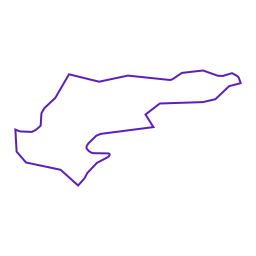 Hounslow, Equal Earth projection
{"feature_id": "GBR-2070", "entity_name": "Hounslow", "entity_type": "London Borough", "adm_level": 1, "iso_a3": "GBR", "parent_name": "United Kingdom", "parent_adm1": "", "projection": "equal_earth", "projection_center": [-0.345, 51.455], "detail": "fine", "context": "isolated", "style": "outline", "palette": "violet", "viewbox_px": 256, "rotation_deg": 0, "n_neighbors": 0, "source": "natural_earth", "source_scale": "10m", "svg_char_len": 750}
<svg xmlns="http://www.w3.org/2000/svg" viewBox="0 0 256 256"><path d="M203.0,70.5L218.0,75.8L222.9,75.9L232.0,73.2L234.8,74.6L236.5,75.6L237.9,76.6L238.8,77.8L240.5,82.6L240.6,83.2L229.2,86.1L215.4,99.2L203.0,102.1L159.8,103.5L145.5,114.5L153.4,127.1L100.6,133.9L96.2,135.8L88.5,143.2L86.7,146.0L86.5,146.7L86.5,147.6L86.6,148.4L87.1,149.2L88.9,151.1L91.2,152.6L93.3,153.2L108.5,153.4L109.5,154.0L109.7,154.7L109.5,155.4L108.3,156.9L96.9,162.9L87.3,173.0L84.6,178.2L78.1,185.5L60.6,169.8L26.0,162.5L16.6,151.6L15.4,129.6L19.9,131.4L31.8,131.9L35.9,129.9L40.4,126.0L40.7,125.2L41.4,113.6L41.7,112.7L44.4,108.1L55.3,97.9L69.0,74.3L99.1,81.7L127.8,75.6L170.0,80.0L172.2,79.4L181.9,72.9L203.0,70.5Z" fill="none" stroke="#5b21b6" stroke-width="2"/></svg>